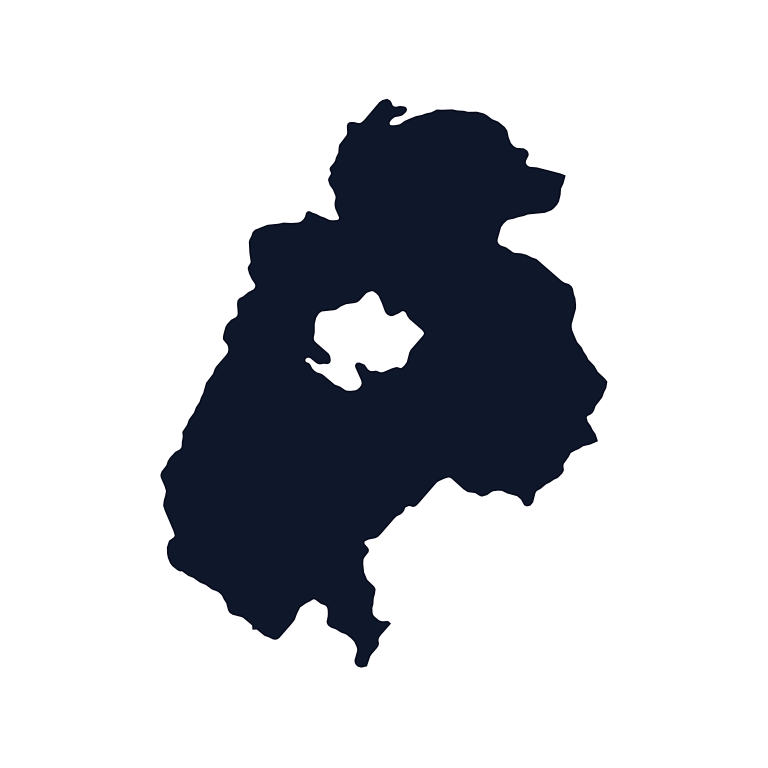 San Juan de la Maguana, San Juan, Dominican Republic, rotated 221°
{"feature_id": "3306468B55528819950271", "entity_name": "San Juan de la Maguana", "entity_type": "district", "adm_level": 2, "iso_a3": "DOM", "parent_name": "Dominican Republic", "parent_adm1": "San Juan", "projection": "albers", "projection_center": [-71.221, 18.893], "detail": "fine", "context": "isolated", "style": "filled", "palette": "ink", "viewbox_px": 768, "rotation_deg": 221, "n_neighbors": 0, "source": "geoboundaries", "source_scale": "gbopen_adm2", "svg_char_len": 6172}
<svg xmlns="http://www.w3.org/2000/svg" viewBox="0 0 768 768"><g transform="rotate(221 384 384)"><path d="M571.4,569.9L572.0,566.2L572.9,564.5L574.3,563.3L577.6,561.7L579.7,560.1L581.0,558.7L581.6,556.9L580.7,554.8L576.1,550.0L574.8,547.7L574.0,535.5L573.1,533.7L569.5,528.8L568.2,523.8L566.6,520.5L566.2,517.9L566.1,512.4L565.7,511.4L565.1,510.6L561.9,509.0L561.2,508.2L560.2,503.1L559.3,501.6L555.3,499.2L549.7,497.8L543.6,494.7L541.9,493.0L539.8,489.1L537.5,486.5L535.3,484.9L527.0,481.0L525.9,479.8L525.5,478.7L526.1,477.0L526.8,476.0L530.1,472.9L532.4,471.3L538.0,469.8L541.9,468.2L546.4,467.2L549.7,465.8L553.0,464.9L553.9,464.3L554.3,463.3L554.3,462.2L552.6,458.6L552.1,456.0L552.3,452.7L553.0,450.7L554.6,448.5L559.2,444.0L565.2,439.3L568.1,435.4L575.8,427.2L581.8,415.6L582.0,412.5L580.4,408.7L579.5,404.9L578.6,403.0L571.1,395.2L564.1,389.2L563.4,387.6L562.8,383.5L561.9,382.1L558.0,379.5L552.4,377.0L546.8,375.5L545.3,374.5L544.2,373.0L543.8,371.1L543.9,369.1L546.0,364.0L547.1,357.5L548.7,353.7L548.6,351.2L546.8,348.4L540.2,341.9L538.9,339.7L538.8,337.1L540.8,332.0L541.0,326.2L540.4,323.3L537.2,316.6L535.4,313.7L534.1,312.6L528.0,311.6L525.6,310.4L523.1,307.9L521.8,305.5L521.4,301.9L521.4,287.1L520.9,284.4L519.0,279.7L518.3,268.3L513.8,258.8L512.5,253.7L510.8,249.8L509.9,243.2L507.9,237.9L507.2,229.3L505.1,224.1L504.1,215.9L500.6,212.6L498.3,208.6L495.4,204.9L494.5,203.2L494.4,200.7L496.3,195.5L496.5,187.6L495.9,184.1L494.2,180.2L493.7,172.1L492.5,169.2L490.7,167.6L482.3,163.6L477.8,160.8L475.1,156.3L473.3,152.3L470.4,147.9L465.9,145.2L446.2,135.6L442.3,133.2L441.6,132.3L441.3,130.5L442.6,124.7L440.0,118.6L435.7,114.0L432.6,111.6L427.6,109.1L424.2,108.4L417.7,108.7L415.2,109.5L414.9,110.3L413.6,110.9L406.1,111.5L400.7,113.4L392.9,114.1L386.9,116.1L379.1,116.8L374.4,118.6L371.6,119.1L367.3,118.8L363.3,117.0L359.0,115.8L352.9,111.6L350.4,110.8L347.2,111.2L339.0,115.3L337.1,115.9L324.8,116.1L322.1,113.3L319.3,116.0L309.2,116.3L305.1,117.9L300.3,119.2L298.5,120.5L297.7,121.7L297.1,123.9L297.1,142.9L297.4,147.5L299.5,152.9L301.5,160.4L299.6,167.9L297.9,171.8L296.9,175.2L296.3,176.1L294.6,176.9L287.7,177.4L283.2,179.1L280.7,179.0L278.3,177.6L275.3,174.5L273.5,172.2L270.7,167.3L269.2,166.3L267.3,165.8L264.1,166.2L259.6,168.0L253.7,168.9L248.5,170.9L242.0,171.2L237.1,170.7L231.5,168.1L229.5,166.6L228.4,165.1L224.5,156.7L222.7,155.0L220.9,154.3L218.3,154.3L215.5,155.7L212.5,159.8L216.4,169.1L216.8,172.1L216.8,180.0L217.2,182.8L218.2,184.4L220.9,186.7L222.1,189.3L222.4,193.1L222.3,207.1L225.1,207.1L229.1,203.2L232.2,201.7L238.7,201.5L240.8,201.9L242.7,202.9L246.5,206.9L248.2,210.4L251.9,215.3L253.8,219.3L256.3,223.1L258.7,224.0L268.5,224.5L275.9,228.2L282.4,234.3L285.1,237.8L285.8,240.5L286.1,246.7L287.0,248.3L288.5,249.1L293.9,249.8L295.6,251.2L296.0,252.2L295.7,253.8L293.9,257.4L290.1,262.2L289.0,264.8L288.7,268.4L288.7,290.0L288.3,292.9L286.6,296.8L286.3,298.7L286.4,301.2L287.4,303.8L287.5,305.4L285.5,309.2L281.8,310.9L280.6,312.9L280.3,316.4L280.3,344.2L279.6,346.9L277.0,352.5L274.9,355.9L273.6,357.1L271.1,357.7L255.0,357.4L250.1,358.1L244.0,362.2L238.4,363.1L236.8,363.8L234.0,368.1L232.8,373.1L232.0,375.0L228.7,378.7L225.3,381.4L219.6,382.9L210.2,387.4L204.9,387.5L198.6,385.2L196.3,386.0L194.5,388.5L194.6,392.4L199.0,401.1L199.3,403.6L197.7,408.0L196.5,415.2L195.0,418.5L193.7,423.5L191.9,427.4L191.5,433.4L192.2,436.4L195.4,439.3L196.7,441.4L197.5,450.0L198.6,454.4L196.9,459.2L195.0,463.0L193.6,468.0L189.3,474.0L186.0,480.9L191.8,484.3L196.8,485.6L200.7,487.3L205.8,488.5L209.9,491.3L210.2,493.5L208.7,497.0L208.4,499.5L208.8,501.5L210.6,506.1L211.2,516.8L213.2,522.1L214.3,526.5L217.4,531.6L220.7,532.3L230.8,532.7L237.4,535.0L246.1,535.8L250.0,537.5L255.0,538.8L258.9,540.6L266.1,541.7L277.3,547.2L280.0,549.3L282.2,551.9L289.0,566.1L291.2,568.9L295.9,573.4L299.9,575.7L304.2,579.1L306.7,580.1L309.9,580.0L313.8,578.2L317.2,577.6L350.8,577.6L355.5,575.7L361.0,574.3L366.0,571.8L370.9,568.1L372.7,567.3L381.4,566.5L385.9,564.6L387.8,564.2L390.4,564.5L392.1,565.3L393.7,567.2L399.3,579.0L399.7,583.7L399.2,588.4L398.3,590.2L395.0,594.5L393.1,597.9L389.4,602.8L387.2,606.8L375.4,619.3L372.3,625.4L371.8,628.1L371.7,632.8L372.3,636.1L375.5,642.3L379.2,647.2L380.8,652.8L384.1,659.6L388.8,657.9L410.4,647.1L416.4,642.7L419.0,642.2L421.6,642.7L423.1,643.8L424.2,645.9L425.4,650.8L426.5,652.2L428.8,653.3L432.7,652.9L438.1,648.8L440.0,648.1L442.6,647.8L446.6,648.4L452.1,651.3L457.5,655.4L461.4,656.4L469.6,656.2L476.1,654.0L482.8,653.6L486.0,652.9L492.1,649.8L498.7,643.9L502.7,641.8L507.5,638.1L512.1,635.5L519.8,628.3L523.6,625.3L525.9,619.7L529.2,615.4L531.4,611.4L535.1,606.5L537.9,601.0L540.3,595.9L541.5,590.9L542.4,589.1L545.4,585.5L548.2,583.1L550.0,582.9L551.4,583.9L552.3,585.5L552.5,588.7L551.7,592.7L547.9,597.5L547.0,599.3L546.5,603.8L547.4,605.9L549.1,606.5L550.7,605.9L553.9,603.7L556.2,600.6L558.1,599.3L560.5,599.2L563.6,600.8L565.4,601.2L568.3,600.6L570.8,596.8L571.7,593.6L571.4,569.9ZM452.0,349.4L454.3,349.7L457.1,348.7L458.7,349.0L460.2,350.6L460.2,353.2L459.1,354.7L457.0,355.9L448.9,356.1L447.0,356.6L445.7,357.4L443.0,360.6L440.8,362.0L439.8,363.2L439.5,364.9L440.4,366.6L443.4,369.1L446.1,369.9L462.5,369.9L464.6,370.1L466.4,370.8L468.1,372.5L470.6,376.9L476.4,383.6L479.3,389.2L480.1,393.7L480.0,395.7L479.2,398.3L470.2,408.0L469.3,409.8L468.3,414.2L465.6,419.8L459.9,426.3L458.4,428.6L457.9,431.3L457.7,440.7L457.1,442.6L455.4,445.6L454.3,447.0L452.6,447.7L449.1,448.0L445.6,447.6L438.6,444.4L430.6,440.0L428.7,439.4L426.7,439.3L424.1,440.1L422.5,441.7L419.9,447.2L418.8,451.2L417.1,452.7L414.2,452.8L410.4,451.1L407.5,450.4L390.5,450.4L387.2,449.7L385.9,448.1L385.6,446.1L385.6,427.3L384.9,424.7L380.5,415.8L380.0,411.5L380.5,407.5L381.5,406.1L384.4,405.0L385.6,403.9L387.7,400.5L391.8,392.0L393.8,389.9L398.2,388.3L400.7,385.5L402.6,384.1L405.8,383.7L411.2,385.1L416.0,383.5L417.3,382.4L417.8,381.4L417.6,379.7L416.4,378.5L403.1,372.3L400.7,370.4L399.6,368.1L399.4,365.4L399.8,362.1L400.7,360.2L404.1,356.4L407.5,353.8L409.4,353.2L415.3,352.5L420.6,350.5L436.2,350.2L438.2,349.7L442.0,348.0L445.3,347.6L448.7,348.0L452.0,349.4Z" fill="#0f172a" stroke="#020617" stroke-width="1.5"/></g></svg>